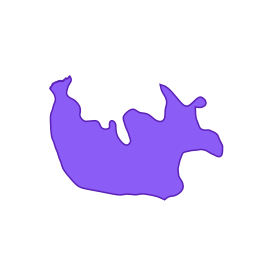 Santo Domingo Oeste, Santo Domingo, Dominican Republic, rotated 139°
{"feature_id": "3306468B81365020570437", "entity_name": "Santo Domingo Oeste", "entity_type": "district", "adm_level": 2, "iso_a3": "DOM", "parent_name": "Dominican Republic", "parent_adm1": "Santo Domingo", "projection": "equal_earth", "projection_center": [-70.016, 18.468], "detail": "fine", "context": "isolated", "style": "filled", "palette": "violet", "viewbox_px": 256, "rotation_deg": 139, "n_neighbors": 0, "source": "geoboundaries", "source_scale": "gbopen_adm2", "svg_char_len": 3516}
<svg xmlns="http://www.w3.org/2000/svg" viewBox="0 0 256 256"><g transform="rotate(139 128 128)"><path d="M147.4,49.8L144.7,49.8L142.9,49.5L141.2,48.8L137.4,46.4L135.6,45.8L133.8,45.4L130.9,45.2L129.1,45.4L127.2,45.9L126.4,46.3L124.9,47.5L124.3,48.3L123.2,50.0L122.5,52.0L121.6,57.1L121.0,58.9L117.2,64.2L115.9,65.3L110.2,69.5L104.8,72.4L103.3,73.0L102.6,73.1L101.0,72.7L94.9,69.4L90.5,66.2L87.3,64.2L85.9,62.8L84.7,61.2L83.7,59.4L82.0,54.3L79.3,48.2L78.8,47.4L78.2,46.7L77.5,46.2L76.7,46.0L75.9,46.0L75.1,46.1L73.6,47.0L71.6,48.8L68.4,52.4L67.9,54.0L66.5,59.4L65.2,63.0L65.0,64.9L65.1,65.8L65.3,66.8L65.9,68.5L67.9,72.8L68.4,73.5L69.0,74.1L71.6,76.1L72.6,77.4L73.4,79.0L73.6,80.0L73.6,81.0L73.1,82.8L71.1,88.4L70.3,90.4L69.2,92.3L68.0,94.0L63.4,99.7L61.1,97.1L59.3,95.6L57.4,94.8L55.5,94.5L54.5,94.6L53.6,95.0L52.7,95.7L52.1,96.8L51.7,97.9L51.5,99.1L51.8,101.4L52.2,102.6L52.8,103.6L53.6,104.2L54.5,104.6L57.2,105.0L63.4,104.7L66.3,104.8L68.2,105.3L69.0,105.8L69.8,106.5L70.4,107.4L70.9,108.5L71.1,109.7L71.4,112.2L71.3,126.1L71.4,128.8L71.7,131.6L72.3,134.2L72.7,135.4L75.2,139.7L77.2,136.1L78.0,134.2L78.6,132.0L79.6,126.5L80.4,124.5L81.4,122.7L83.4,120.6L86.5,118.5L88.0,117.2L93.1,112.0L94.8,111.0L96.6,110.7L97.5,110.8L98.4,111.1L99.2,111.6L100.5,112.9L101.5,114.6L102.2,116.7L103.1,122.2L103.6,124.3L104.0,125.3L105.5,127.8L108.9,131.7L109.6,133.3L110.4,135.9L111.0,137.7L111.5,138.5L112.2,139.1L113.0,139.6L113.9,140.0L115.7,140.4L118.7,140.6L121.6,140.3L123.4,139.8L124.2,139.4L125.0,138.7L126.1,137.1L128.5,131.8L129.3,129.8L130.9,124.5L134.0,117.3L134.6,116.5L135.3,116.0L136.8,115.3L138.5,115.3L139.3,115.5L140.1,115.9L140.8,116.6L141.3,117.6L141.9,119.6L142.1,121.8L141.9,125.2L141.6,127.6L140.9,129.8L140.0,131.8L137.8,135.2L135.4,138.1L134.6,139.7L134.4,140.7L134.3,141.7L134.5,142.7L135.0,143.7L135.8,144.4L136.6,144.6L137.4,144.5L138.1,144.2L139.4,143.2L141.7,140.3L143.4,140.6L145.0,141.3L145.7,141.8L146.8,143.1L147.6,144.7L147.7,145.6L147.6,147.3L146.8,149.5L146.5,151.2L146.7,153.1L147.1,153.9L148.1,155.2L155.5,160.7L156.1,161.5L156.5,162.3L156.8,163.3L157.0,165.3L156.8,167.3L156.0,169.1L155.5,169.8L153.1,171.8L151.4,173.9L150.5,175.8L150.0,178.0L149.8,180.3L150.1,183.7L150.7,185.7L151.8,188.3L152.3,190.1L152.4,192.1L152.3,193.1L151.9,194.0L150.8,195.4L147.1,198.0L145.3,199.0L140.5,200.6L139.2,201.7L138.6,202.6L138.2,203.7L137.9,205.4L139.3,205.4L139.3,204.9L141.5,204.9L141.5,205.4L141.9,205.4L141.9,205.9L142.2,205.9L142.2,206.4L144.1,206.4L144.1,205.9L144.4,205.9L144.4,206.4L144.8,206.4L144.8,205.9L146.3,205.9L146.3,206.4L147.0,206.4L147.0,206.9L147.4,206.9L147.4,207.3L147.7,207.3L147.7,207.8L148.1,207.8L148.5,207.8L148.5,208.3L149.2,208.3L149.2,208.8L149.9,208.8L149.9,209.3L151.7,209.3L151.7,209.8L152.8,209.8L152.8,210.3L155.0,210.3L155.0,210.8L156.1,210.8L156.1,210.3L157.2,210.3L157.2,209.8L159.4,209.8L159.4,209.3L160.5,209.3L160.5,208.8L161.1,208.8L161.2,205.6L161.5,202.6L162.0,200.8L162.4,199.8L163.4,198.0L164.7,196.6L165.5,196.0L169.5,193.8L173.2,191.3L176.6,189.5L178.9,187.6L181.7,184.4L187.1,177.6L189.7,174.0L191.4,171.2L192.2,169.4L193.3,166.0L195.8,160.3L197.2,156.0L199.7,150.4L201.1,146.2L202.8,142.4L203.5,140.4L203.8,139.3L204.1,137.1L204.4,133.6L204.5,125.4L204.3,120.7L204.0,118.4L203.5,116.2L202.6,114.1L201.5,112.2L198.9,108.7L191.3,99.1L182.4,87.7L179.6,84.4L177.3,82.2L172.5,79.1L171.1,77.8L166.3,72.8L164.8,71.7L161.5,69.7L160.0,68.5L158.6,67.1L154.6,62.3L151.5,58.0L149.9,55.3L147.4,49.8Z" fill="#8b5cf6" stroke="#5b21b6" stroke-width="1.5"/></g></svg>